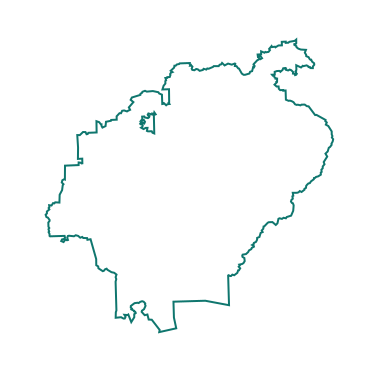 the district of South Burnett, Queensland, Australia, rotated 260°
{"feature_id": "25037944B91914901383533", "entity_name": "South Burnett", "entity_type": "district", "adm_level": 2, "iso_a3": "AUS", "parent_name": "Australia", "parent_adm1": "Queensland", "projection": "natural_earth1", "projection_center": [151.784, -26.401], "detail": "fine", "context": "isolated", "style": "outline", "palette": "teal", "viewbox_px": 384, "rotation_deg": 260, "n_neighbors": 0, "source": "geoboundaries", "source_scale": "gbopen_adm2", "svg_char_len": 6028}
<svg xmlns="http://www.w3.org/2000/svg" viewBox="0 0 384 384"><g transform="rotate(260 192 192)"><path d="M226.1,66.4L224.0,65.4L222.0,66.8L221.2,65.9L216.4,64.4L212.3,61.2L204.6,59.6L205.6,55.5L204.7,54.5L205.2,53.3L203.1,51.3L203.8,49.0L201.8,48.9L201.1,48.0L199.6,48.5L198.0,45.7L196.1,45.4L195.0,43.9L192.6,44.3L191.8,45.6L189.2,46.9L188.2,46.7L186.9,45.2L182.7,44.6L181.3,45.2L180.3,44.2L177.9,44.5L177.4,43.8L175.5,44.4L173.5,44.1L173.0,44.5L170.9,58.9L169.0,59.0L167.9,57.7L167.9,55.8L166.4,54.7L165.0,56.8L167.1,59.0L166.2,60.5L166.3,61.5L168.6,61.2L170.2,62.1L170.3,63.2L168.9,68.1L169.6,70.0L168.5,72.3L166.4,74.0L166.8,76.1L165.6,76.9L164.8,80.7L163.1,80.7L163.1,83.9L142.6,86.0L136.5,85.0L135.0,86.7L133.1,86.6L129.5,90.4L129.7,91.5L131.0,93.0L131.3,94.6L130.1,95.2L127.0,98.8L126.0,101.3L123.8,103.3L121.4,102.0L119.4,102.3L117.0,101.2L88.5,97.0L86.8,96.1L81.4,95.0L81.0,100.4L79.3,102.5L79.1,103.8L80.6,104.9L82.8,104.1L82.0,107.2L82.4,108.0L74.4,109.6L78.7,113.4L81.7,113.9L82.6,115.6L83.8,115.3L84.5,114.2L85.1,114.4L86.9,111.9L87.6,112.6L88.8,111.6L90.4,112.0L92.5,116.1L92.4,119.1L91.9,120.2L92.8,121.9L93.1,123.9L92.4,125.3L90.4,126.6L89.7,126.2L88.0,126.5L84.9,124.4L83.8,122.1L82.7,121.6L78.9,124.0L79.1,126.8L73.9,127.2L73.2,130.2L61.8,136.2L59.7,135.4L60.5,152.8L71.5,152.4L87.2,154.7L82.6,186.2L74.1,208.8L103.5,213.1L103.7,213.6L102.6,215.0L102.5,215.9L103.6,217.4L102.7,219.1L104.5,222.6L106.8,223.8L106.7,224.6L108.5,226.2L110.3,225.0L111.5,226.4L112.3,226.0L112.4,228.8L113.0,230.3L114.8,231.9L117.9,232.1L119.3,230.5L120.5,230.4L121.5,231.0L121.5,234.4L123.1,236.9L124.6,238.0L125.4,240.4L126.6,241.2L127.4,243.5L128.4,243.4L129.4,242.1L130.1,243.8L131.1,244.1L131.8,246.4L133.7,247.8L135.5,248.2L136.0,250.6L139.8,252.5L140.3,254.6L142.0,254.0L143.4,255.8L145.6,256.5L145.6,257.2L148.6,261.3L148.9,262.4L148.4,266.0L145.0,268.8L146.3,270.7L150.6,272.5L150.9,273.7L149.9,275.9L150.7,277.7L149.8,279.9L150.9,280.9L151.5,285.5L155.9,288.4L159.3,289.3L161.3,289.8L163.4,289.4L163.9,288.5L165.4,287.8L167.0,288.6L167.9,290.1L170.3,290.1L170.7,291.1L173.7,291.1L173.0,295.4L173.2,296.9L174.2,298.3L173.0,299.9L174.7,303.1L175.6,303.3L176.3,305.0L178.2,305.5L179.2,306.6L180.2,308.1L180.3,309.6L181.8,311.0L183.4,314.2L184.6,314.6L184.6,315.9L185.3,316.7L185.5,319.0L186.7,321.9L188.8,322.2L189.3,323.2L191.5,323.3L192.6,324.8L194.5,325.2L196.3,327.3L198.6,326.9L203.4,331.3L206.6,330.1L208.4,332.7L211.8,334.4L212.4,335.8L214.2,337.7L215.3,337.7L217.3,339.3L219.5,340.2L221.4,339.2L222.7,340.0L224.4,339.6L227.4,340.1L233.3,337.7L235.1,335.5L237.1,336.8L238.6,335.6L239.7,336.1L246.3,328.0L246.4,326.6L256.1,321.7L256.6,320.0L258.5,318.2L259.0,315.0L258.5,313.9L259.6,311.4L259.6,310.2L260.5,308.7L262.8,307.6L264.1,306.0L265.0,304.3L265.0,303.0L266.6,300.5L275.7,301.8L275.9,299.5L276.6,299.6L277.0,296.5L278.6,295.4L280.9,295.6L281.2,293.6L283.4,291.9L285.2,294.5L285.8,294.2L286.2,295.0L288.9,295.5L289.1,294.1L289.6,294.3L290.4,293.2L292.1,293.0L292.5,291.8L293.6,291.2L293.3,293.9L296.0,294.3L296.4,296.8L296.0,299.4L295.0,299.9L296.5,302.4L298.0,303.3L297.9,305.6L297.5,306.0L296.7,305.3L296.0,305.7L295.0,307.8L295.6,309.5L294.7,310.9L292.6,312.4L291.1,312.0L290.8,313.5L289.2,313.8L289.4,315.0L290.2,315.7L291.0,315.0L292.1,315.4L292.8,314.9L294.1,316.0L298.7,316.7L295.7,321.0L297.0,323.0L296.6,323.4L296.8,326.9L295.4,328.5L294.8,328.5L294.5,329.9L293.5,330.1L293.0,332.5L294.6,332.8L296.1,334.5L297.6,334.6L299.5,332.9L301.5,332.4L301.4,331.9L302.4,331.0L304.6,330.2L305.9,328.1L307.4,328.2L309.6,327.3L312.2,328.9L313.4,323.9L314.7,321.6L316.4,320.1L317.5,320.1L319.2,318.3L319.9,318.5L319.7,319.7L320.4,320.5L324.0,321.1L323.0,319.4L323.0,314.0L322.3,312.8L322.6,310.2L323.8,310.4L324.3,306.5L320.8,306.0L321.3,302.6L320.0,299.3L320.7,298.9L320.8,296.0L321.9,295.7L319.5,292.8L318.2,293.4L316.7,291.7L316.7,289.3L317.2,288.5L316.6,287.5L318.5,284.5L315.6,284.0L316.0,280.5L313.4,280.4L313.3,281.4L314.5,282.8L311.6,284.2L310.9,282.4L311.8,281.3L310.8,280.6L310.5,279.3L307.2,274.9L306.9,274.7L305.1,275.6L304.7,275.6L305.0,275.5L303.9,274.6L304.4,273.9L300.6,272.2L300.3,270.1L298.7,269.1L298.2,264.5L298.5,263.1L300.0,261.6L305.4,259.7L305.8,258.9L308.2,257.7L308.6,256.1L310.8,256.9L311.1,256.5L310.5,253.3L312.2,249.8L311.0,246.1L313.9,244.0L312.6,242.8L312.5,241.3L311.3,240.1L312.2,235.3L311.5,234.3L310.5,229.8L311.0,228.5L310.1,227.4L311.3,224.8L310.3,223.9L310.0,220.6L311.8,219.0L312.4,217.5L311.5,215.5L312.2,213.5L313.5,213.1L315.4,214.2L316.4,213.5L316.7,212.0L317.8,212.8L318.5,211.9L319.4,212.2L320.8,202.1L320.3,201.6L320.2,199.2L319.2,197.8L319.4,196.6L317.6,196.0L315.1,192.1L313.5,193.6L313.2,192.0L311.9,190.9L311.0,191.1L309.1,190.0L309.4,187.6L308.7,187.4L308.9,185.6L306.5,185.9L305.9,185.0L303.4,184.6L301.6,182.5L298.1,180.7L297.2,187.2L284.4,185.1L284.1,184.5L282.6,185.1L282.7,183.0L281.9,181.6L284.5,179.7L284.8,178.8L283.8,178.9L283.8,178.0L293.1,179.3L294.7,176.8L296.1,176.2L298.2,171.0L298.7,164.9L299.8,163.3L299.3,160.6L298.3,159.9L297.7,158.3L296.6,158.0L295.5,149.2L293.4,147.6L290.7,149.9L286.3,144.5L283.7,145.3L282.8,142.1L282.3,142.6L284.1,139.3L284.1,137.3L281.9,135.8L282.2,134.3L279.6,130.9L276.3,130.4L277.0,124.9L276.2,124.5L276.1,119.5L271.9,118.3L271.0,115.0L272.7,114.4L274.3,114.6L274.3,114.1L276.9,112.7L278.3,110.2L267.2,108.4L268.3,100.2L267.2,99.3L267.2,98.2L269.5,97.5L270.0,95.1L267.5,91.4L268.0,88.9L255.5,87.5L244.4,85.4L243.9,89.7L239.3,89.0L239.3,88.2L240.2,87.4L240.8,85.5L238.2,85.0L240.0,71.5L226.4,69.0L226.8,68.4L226.1,66.4ZM276.9,162.7L275.1,166.5L276.1,166.6L275.4,168.0L277.0,168.7L274.8,169.7L274.4,167.8L256.2,165.0L257.2,163.4L258.8,162.9L259.4,159.1L260.0,158.2L262.9,159.3L263.2,157.6L262.4,155.2L264.2,153.0L264.9,154.5L266.3,155.1L267.5,154.5L267.4,153.6L268.2,152.8L269.6,154.0L269.9,154.4L267.8,156.9L269.3,157.9L271.4,157.0L271.3,154.4L272.6,155.8L274.9,156.0L274.7,158.1L273.6,158.5L272.4,161.4L273.0,162.7L274.2,163.3L274.7,162.2L275.8,161.8L276.9,162.7Z" fill="none" stroke="#0f766e" stroke-width="2"/></g></svg>